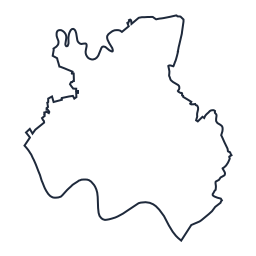 the district of Kien Thuy, Hải Phòng, Vietnam
{"feature_id": "81297802B29420287983322", "entity_name": "Kien Thuy", "entity_type": "district", "adm_level": 2, "iso_a3": "VNM", "parent_name": "Vietnam", "parent_adm1": "Hải Phòng", "projection": "equal_earth", "projection_center": [106.673, 20.734], "detail": "fine", "context": "isolated", "style": "outline", "palette": "slate", "viewbox_px": 256, "rotation_deg": 0, "n_neighbors": 0, "source": "geoboundaries", "source_scale": "gbopen_adm2", "svg_char_len": 5573}
<svg xmlns="http://www.w3.org/2000/svg" viewBox="0 0 256 256"><path d="M24.5,145.6L26.2,147.5L27.9,149.6L29.4,151.7L29.7,152.3L30.3,153.2L31.2,154.5L32.8,158.0L33.8,159.9L35.4,163.5L36.1,165.2L37.6,169.1L38.4,171.2L40.0,175.1L40.5,176.8L41.7,180.7L42.5,182.5L44.0,186.3L44.8,188.2L46.3,191.0L46.7,191.6L48.2,193.9L50.0,195.8L51.5,196.8L53.1,197.5L54.8,197.7L56.8,197.6L58.5,197.4L60.9,196.6L62.5,195.1L65.1,192.2L67.3,189.8L69.0,188.2L71.0,186.4L72.5,184.9L74.1,183.8L77.7,181.5L78.9,180.6L80.5,180.1L81.4,179.7L84.1,179.5L87.1,179.6L89.0,180.2L91.1,181.6L94.0,184.9L95.1,186.7L96.3,189.4L97.2,192.6L97.7,196.9L98.1,208.0L98.6,212.8L99.5,215.8L100.9,217.7L102.5,219.1L104.5,219.8L105.1,219.9L106.9,219.7L109.1,219.3L112.1,218.5L115.3,217.5L117.8,216.4L123.0,213.6L127.6,210.5L138.6,203.2L140.8,202.6L145.6,202.2L149.7,202.8L153.2,204.3L155.9,206.2L159.2,209.6L161.5,212.7L164.0,216.1L168.9,225.5L172.6,231.6L175.8,235.7L178.0,237.9L181.2,240.6L191.3,225.0L199.5,221.5L201.3,220.3L204.2,217.9L208.8,214.1L212.0,211.2L215.2,206.9L217.8,204.9L220.5,202.8L221.1,201.2L221.5,200.8L221.9,200.4L220.8,198.6L217.4,197.7L214.4,196.5L213.2,195.7L212.8,195.3L212.7,194.9L212.7,194.4L212.7,194.1L212.9,193.8L213.7,192.5L214.6,190.8L214.8,190.5L215.3,190.2L215.5,190.0L215.7,189.4L215.9,187.0L215.9,186.0L215.8,185.3L215.5,183.1L215.6,181.9L215.9,181.5L218.5,180.1L219.0,179.8L220.5,177.6L221.0,177.2L221.7,176.9L224.1,175.5L224.5,175.2L224.8,174.6L225.0,173.4L224.9,172.8L224.8,172.5L224.6,172.0L223.0,169.2L222.6,168.6L222.6,168.3L222.8,168.1L223.2,168.1L225.2,166.4L226.1,165.5L227.9,162.8L228.8,160.9L229.6,159.0L229.7,158.6L229.7,158.3L229.2,156.9L229.3,156.6L231.5,155.2L230.5,153.6L230.4,153.1L230.2,152.6L229.9,152.2L229.6,151.9L228.5,151.7L228.2,151.5L227.9,151.1L227.7,149.5L227.5,148.6L224.4,142.2L221.9,136.6L221.2,135.2L222.0,132.6L222.4,131.3L222.5,130.4L222.6,129.8L222.6,129.0L222.6,128.0L222.3,126.9L222.1,126.4L221.6,125.8L220.5,124.9L217.5,123.1L216.8,122.2L216.5,121.7L216.2,121.2L216.1,120.6L216.1,119.8L216.1,118.9L216.5,116.0L216.5,115.3L216.4,114.8L216.2,114.3L214.9,112.8L214.9,112.1L215.0,111.0L213.7,110.2L213.2,110.2L212.3,110.2L211.7,110.3L211.1,110.4L210.5,110.7L209.9,111.0L209.4,111.5L209.0,111.9L208.8,112.2L208.5,112.5L207.9,113.0L206.9,113.9L206.1,114.7L205.3,115.7L205.0,116.2L204.2,118.0L202.5,116.8L197.8,121.4L196.1,120.3L197.0,117.3L197.2,116.6L197.2,116.1L197.1,115.3L197.1,114.2L197.2,113.2L198.1,109.3L198.1,108.2L198.0,107.3L197.4,106.0L197.0,105.5L196.0,105.2L195.6,104.9L195.3,104.3L195.2,104.0L193.8,104.2L193.0,104.4L191.9,104.2L191.3,104.4L190.6,104.0L190.2,103.7L191.3,101.8L187.4,99.4L183.2,96.9L183.1,95.8L182.1,95.4L182.1,94.3L182.1,93.4L181.8,93.0L181.5,92.9L180.8,93.0L180.3,92.8L178.7,91.9L178.3,91.6L177.9,91.0L178.7,89.8L179.0,89.4L179.3,88.4L179.3,87.5L179.2,86.6L178.8,85.7L178.1,85.0L173.0,82.0L171.0,80.3L170.5,79.6L169.7,77.1L169.3,76.3L169.2,76.0L169.1,75.3L169.3,73.5L169.4,71.4L169.0,69.2L168.3,66.0L168.7,65.7L169.1,65.5L170.0,65.4L171.1,65.6L173.3,66.3L173.5,66.1L173.9,65.0L175.1,61.7L175.5,60.9L176.1,59.0L177.0,55.8L178.0,51.7L177.8,51.6L177.9,51.3L178.3,49.2L178.7,47.0L179.3,44.6L181.8,33.8L182.0,32.2L182.1,31.4L183.5,21.6L183.5,19.5L180.6,16.7L180.1,16.5L177.9,16.4L177.4,16.3L177.1,16.0L176.6,15.5L176.3,15.4L170.1,16.8L163.5,18.1L161.5,18.4L159.6,18.6L157.5,19.0L156.2,19.3L155.9,19.2L153.5,17.5L153.0,17.1L152.6,17.0L152.1,16.9L149.3,17.0L147.7,17.0L144.4,17.2L141.9,17.2L139.1,17.7L138.6,17.9L131.5,23.9L131.2,20.8L130.9,20.1L130.2,19.6L129.6,19.8L129.0,20.1L129.3,21.0L129.1,21.2L128.6,21.7L128.4,22.1L128.5,22.7L128.3,22.9L127.4,23.1L128.7,26.3L121.9,31.9L121.2,31.4L120.3,30.7L118.7,30.2L117.2,30.1L115.5,30.2L114.6,30.3L113.0,30.9L111.9,31.5L110.4,32.6L108.4,34.2L107.3,35.9L107.1,37.0L107.2,38.3L107.6,39.8L109.2,43.1L112.2,48.0L112.7,49.7L112.8,50.7L112.6,51.3L112.1,51.5L111.2,51.2L109.4,50.3L105.4,47.0L103.7,46.5L103.3,46.6L102.6,46.7L102.0,47.1L101.5,47.8L101.1,48.7L98.3,55.6L96.8,57.6L95.2,58.8L92.9,59.5L91.5,59.4L90.0,58.9L88.4,58.1L87.1,56.6L86.1,54.8L85.7,53.2L85.6,51.8L85.9,49.7L86.6,46.3L86.6,45.3L86.5,44.4L86.1,43.8L85.5,43.5L83.8,43.6L81.3,44.0L80.0,43.6L78.7,42.6L77.8,41.5L77.3,40.1L76.2,33.3L75.5,31.1L74.7,29.8L74.1,29.3L73.2,28.9L72.4,29.0L71.8,29.2L70.8,30.1L70.1,31.3L69.4,32.8L68.9,34.4L68.6,36.1L68.4,37.9L68.5,41.9L68.5,43.4L68.1,44.8L67.6,45.9L67.0,46.2L66.3,46.2L65.9,45.8L65.6,45.3L65.4,44.6L65.4,43.7L66.2,38.7L66.3,37.3L66.2,36.2L65.9,34.9L65.4,33.8L64.7,32.8L63.9,31.9L62.6,30.9L61.2,30.2L60.3,30.1L59.2,30.1L58.2,30.5L57.6,30.9L57.1,31.6L56.7,32.7L56.6,33.7L56.6,35.1L56.7,36.1L57.2,37.8L58.3,40.7L58.4,41.2L58.5,42.0L58.4,43.1L58.3,43.8L58.1,44.4L57.7,45.1L57.1,45.8L56.4,46.6L55.7,47.1L53.5,48.6L53.7,49.7L53.7,50.0L53.5,51.1L52.7,55.8L57.1,58.2L57.5,60.0L58.5,63.3L59.4,66.6L60.2,66.7L64.6,68.4L66.5,69.2L72.6,71.7L72.6,72.4L72.5,72.7L72.2,72.9L71.9,73.0L71.8,73.4L71.9,73.6L73.7,73.6L73.9,81.0L73.0,81.1L72.4,81.9L72.2,82.1L71.4,82.0L71.0,82.2L70.0,84.2L71.4,86.3L73.2,88.6L76.2,88.7L76.1,91.0L78.0,91.0L78.0,92.9L76.2,93.0L76.4,97.1L74.3,98.6L72.9,95.9L68.9,96.5L61.9,98.0L61.9,98.5L61.6,98.6L61.8,99.8L53.6,102.0L52.0,96.5L48.2,98.6L48.2,102.0L47.9,102.5L47.3,102.7L48.0,107.0L46.9,107.9L46.6,108.1L46.6,108.9L46.6,109.5L47.3,109.2L48.3,110.5L49.2,111.7L49.2,112.3L48.8,113.1L47.1,112.1L46.5,111.9L44.3,112.5L44.7,114.0L44.2,114.3L44.7,115.9L42.0,118.1L42.3,118.7L43.0,120.0L43.2,120.3L43.7,120.7L43.9,121.1L44.0,121.8L44.1,122.6L35.3,129.7L32.5,133.6L29.8,128.9L26.0,132.5L29.5,136.9L29.9,137.6L24.5,145.6Z" fill="none" stroke="#1e293b" stroke-width="2"/></svg>